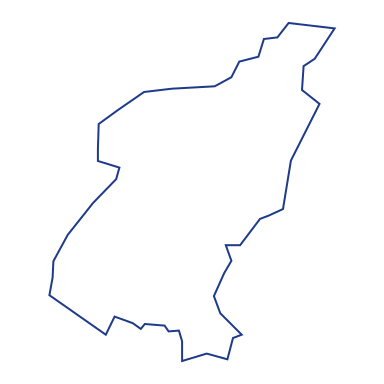 SVG path tracing the border of Quezon City
{"feature_id": "PHL-5549", "entity_name": "Quezon City", "entity_type": "Highly Urbanized City", "adm_level": 1, "iso_a3": "PHL", "parent_name": "Philippines", "parent_adm1": "", "projection": "orthographic", "projection_center": [121.079, 14.672], "detail": "fine", "context": "isolated", "style": "outline", "palette": "blue", "viewbox_px": 384, "rotation_deg": 0, "n_neighbors": 0, "source": "natural_earth", "source_scale": "10m", "svg_char_len": 705}
<svg xmlns="http://www.w3.org/2000/svg" viewBox="0 0 384 384"><path d="M288.6,23.0L334.6,28.4L314.7,58.8L303.6,66.1L302.0,90.0L319.5,103.9L290.9,160.6L283.0,209.0L268.7,215.6L260.0,218.9L240.1,245.2L225.8,245.2L231.4,260.8L224.2,273.1L213.9,296.1L220.3,313.3L241.7,334.7L233.0,338.0L227.4,359.3L206.7,353.6L182.1,361.0L182.1,341.3L178.9,330.6L168.6,331.4L164.6,325.6L144.8,324.0L140.8,328.9L132.8,323.2L114.6,316.6L105.8,334.7L49.4,295.2L52.6,277.6L53.4,261.2L67.7,234.9L93.1,202.9L116.2,179.1L119.4,167.6L97.9,161.0L97.9,149.5L98.7,124.0L117.8,110.1L144.0,92.0L171.8,88.7L214.7,86.3L231.4,77.2L239.3,61.6L258.4,56.7L263.9,39.0L277.4,37.4L288.6,23.0Z" fill="none" stroke="#1e3a8a" stroke-width="2"/></svg>